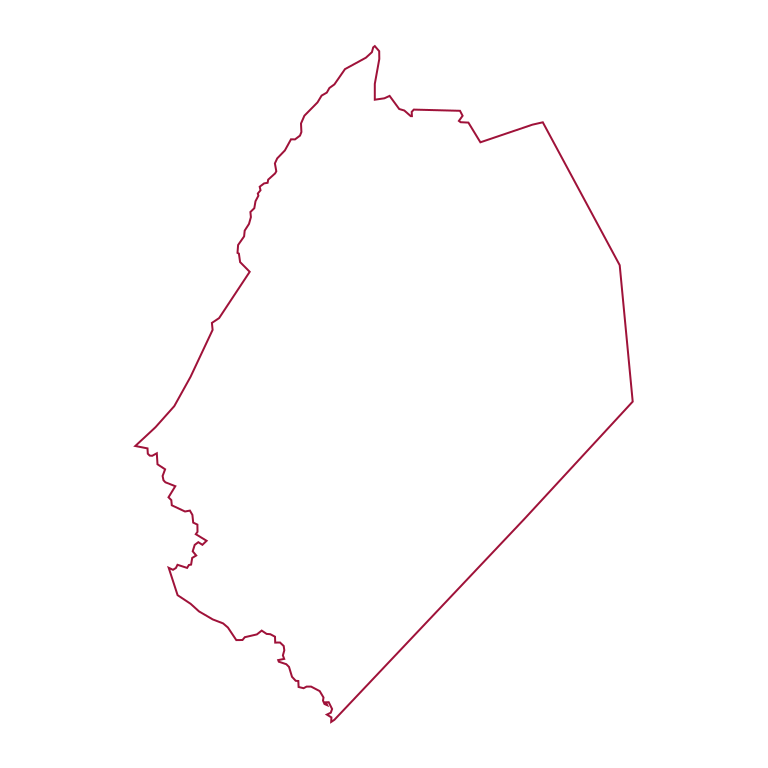 Narok East, Rift Valley, Kenya
{"feature_id": "3690345B66691350288687", "entity_name": "Narok East", "entity_type": "district", "adm_level": 2, "iso_a3": "KEN", "parent_name": "Kenya", "parent_adm1": "Rift Valley", "projection": "orthographic", "projection_center": [36.053, -1.156], "detail": "medium", "context": "isolated", "style": "outline", "palette": "rose", "viewbox_px": 768, "rotation_deg": 0, "n_neighbors": 0, "source": "geoboundaries", "source_scale": "gbopen_adm2", "svg_char_len": 1912}
<svg xmlns="http://www.w3.org/2000/svg" viewBox="0 0 768 768"><path d="M619.7,265.2L542.8,122.3L532.3,124.7L480.4,142.3L468.4,122.6L460.6,122.2L458.9,120.9L462.6,115.8L460.0,110.8L413.8,109.6L411.7,111.9L411.9,116.1L410.7,116.1L404.3,110.5L399.2,109.0L389.6,95.9L384.4,98.3L374.8,99.7L374.8,83.9L379.3,59.0L379.2,51.2L374.8,46.1L373.2,47.4L371.9,52.2L365.9,57.7L345.0,69.1L334.4,84.4L329.4,88.0L326.8,92.6L321.6,95.6L317.5,102.4L304.4,115.7L301.0,123.5L301.4,132.0L300.0,135.6L295.0,139.4L291.0,139.3L284.9,150.4L277.2,158.4L274.9,163.4L276.3,171.3L275.1,173.4L268.2,179.6L267.6,182.8L264.1,183.4L259.7,186.7L260.5,190.3L257.8,193.5L258.4,195.7L255.5,201.2L254.3,208.2L250.4,212.0L250.9,217.1L249.0,223.9L244.7,230.6L244.1,236.4L238.1,245.0L237.5,252.9L238.9,253.6L240.1,262.1L249.7,271.8L219.1,318.1L211.9,322.9L212.6,329.9L190.5,376.9L174.3,406.1L155.5,427.2L135.3,446.0L147.5,448.4L147.8,453.7L149.7,455.6L152.2,455.8L156.8,453.3L157.5,464.3L165.1,469.3L162.6,476.0L163.5,480.3L165.4,482.3L175.3,486.2L168.5,497.3L171.3,500.1L171.8,505.3L185.0,511.5L189.9,510.6L192.4,514.9L193.2,522.6L197.4,524.6L197.5,531.8L195.8,534.2L206.6,540.8L202.4,544.8L198.3,542.2L194.7,544.9L192.7,551.3L196.2,555.5L192.2,557.9L191.1,564.6L188.9,565.0L187.1,567.9L177.5,564.8L175.9,568.0L173.0,569.8L168.7,567.8L177.6,595.2L190.6,603.8L199.0,611.4L212.7,619.4L223.1,623.4L227.9,627.5L236.3,640.1L242.5,640.0L244.8,637.2L256.9,634.4L261.7,630.6L266.6,633.9L270.3,634.2L275.0,636.7L275.2,642.6L280.0,642.5L283.7,646.0L284.3,650.3L282.9,655.4L284.2,658.9L278.2,660.1L278.8,661.7L286.3,664.2L289.0,666.9L292.0,676.8L295.7,680.8L298.3,681.0L298.6,687.0L303.6,688.2L306.6,686.6L311.1,686.6L319.7,691.1L323.5,697.5L323.0,700.6L324.5,704.0L327.2,705.2L325.9,702.3L328.7,702.2L332.1,709.0L330.8,712.7L326.9,714.6L331.4,717.4L331.2,721.9L334.4,719.8L524.8,518.5L632.7,401.6L619.7,265.2Z" fill="none" stroke="#9f1239" stroke-width="2"/></svg>